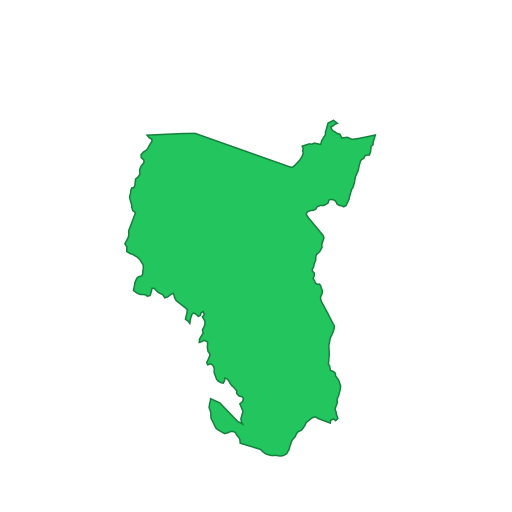 the district of Paramirim, Bahia, Brazil, rotated 33°
{"feature_id": "56859067B35436689677217", "entity_name": "Paramirim", "entity_type": "district", "adm_level": 2, "iso_a3": "BRA", "parent_name": "Brazil", "parent_adm1": "Bahia", "projection": "albers", "projection_center": [-42.216, -13.498], "detail": "fine", "context": "isolated", "style": "filled", "palette": "green", "viewbox_px": 512, "rotation_deg": 33, "n_neighbors": 0, "source": "geoboundaries", "source_scale": "gbopen_adm2", "svg_char_len": 4544}
<svg xmlns="http://www.w3.org/2000/svg" viewBox="0 0 512 512"><g transform="rotate(33 256 256)"><path d="M290.2,89.5L278.1,101.5L273.0,105.9L270.3,106.3L267.9,106.7L265.8,108.5L263.6,110.3L260.2,108.1L257.6,109.0L255.0,108.9L252.4,109.1L250.4,108.5L248.5,107.0L249.7,105.1L250.5,102.4L252.0,100.4L247.1,100.0L245.1,103.4L244.0,105.3L246.2,112.3L246.8,114.4L248.2,116.5L248.1,120.6L248.3,123.8L249.5,127.2L243.3,129.6L242.1,131.7L239.8,132.8L238.1,134.7L236.3,137.0L234.9,138.7L237.2,140.2L237.7,142.3L239.6,143.9L240.3,147.1L240.5,149.9L240.4,152.0L239.9,155.1L239.2,158.7L238.3,161.7L235.7,162.9L138.2,186.3L127.7,193.3L98.8,214.0L102.0,215.0L105.1,214.9L106.3,216.6L106.2,219.7L106.4,222.7L106.7,225.0L106.3,227.1L104.9,230.2L104.4,233.6L106.3,236.1L109.5,236.5L111.0,238.3L111.0,240.7L110.7,243.0L111.2,246.2L112.4,248.6L114.2,250.4L114.0,254.1L113.1,257.2L114.5,259.8L115.7,262.1L116.4,265.2L114.7,266.6L115.2,269.0L116.6,271.8L117.8,275.4L119.9,277.4L122.0,279.3L124.1,280.9L125.2,282.8L128.0,285.0L131.4,285.4L135.5,304.3L137.3,306.8L138.7,309.7L138.9,312.1L139.4,317.2L142.6,318.6L143.9,320.6L145.1,322.6L148.7,322.6L152.0,321.8L154.4,321.7L156.9,321.6L160.8,322.3L163.1,323.5L166.2,324.9L168.1,327.5L169.2,330.0L170.8,332.7L170.9,335.3L169.2,336.7L168.2,338.8L168.4,341.4L168.9,344.2L170.6,348.0L172.0,351.6L175.3,351.9L178.2,351.7L180.5,351.0L182.3,349.8L184.6,348.7L186.7,349.0L188.6,346.9L188.0,344.1L187.2,341.8L186.4,339.7L188.4,338.6L190.7,339.2L193.2,339.7L195.5,339.7L198.7,339.2L202.4,340.8L204.4,338.0L205.4,335.0L206.7,332.4L208.6,333.5L210.3,335.2L213.3,336.9L227.5,338.2L229.3,341.8L230.2,344.6L231.3,347.5L234.4,347.6L237.2,348.6L236.2,346.3L235.0,343.5L234.1,339.9L234.6,337.8L237.5,337.5L240.6,338.1L241.7,335.9L240.8,334.0L241.9,331.3L244.7,333.4L244.2,336.2L246.3,337.2L249.1,338.9L250.6,341.8L251.1,344.4L251.3,347.1L253.7,349.5L253.7,352.9L253.9,356.5L255.5,359.4L257.2,357.2L258.6,354.9L262.2,354.5L263.7,356.8L264.8,359.0L267.8,362.2L271.1,363.5L271.7,365.8L272.2,368.5L272.7,372.2L274.8,373.6L276.6,371.2L278.8,371.0L280.8,371.9L282.6,373.5L284.0,376.1L285.5,377.5L287.9,379.2L289.7,380.6L291.6,381.4L294.8,381.5L297.7,380.6L297.6,377.9L296.4,375.3L299.1,374.8L301.2,375.6L303.2,376.7L306.3,377.9L308.9,378.3L310.9,378.8L313.3,379.6L314.7,381.8L317.9,382.7L321.2,381.6L323.1,382.4L324.0,385.2L323.0,388.8L326.2,391.0L329.7,393.4L330.9,397.3L332.0,400.8L333.9,402.9L336.3,404.2L330.6,404.7L305.5,398.9L295.6,400.4L296.5,402.2L297.3,404.6L299.2,408.7L301.7,410.5L303.7,412.3L305.3,414.8L306.8,416.7L309.8,418.4L312.5,420.0L316.1,422.2L318.3,422.5L320.4,422.4L323.6,422.2L326.4,422.1L328.9,419.3L330.3,417.0L332.5,415.6L334.8,415.3L337.7,416.8L340.5,417.6L342.5,418.8L344.7,421.6L365.0,415.8L369.2,416.6L372.2,416.6L375.2,415.8L377.1,415.1L379.0,414.1L381.0,412.5L383.6,411.4L386.1,410.0L387.8,408.2L389.5,405.0L389.2,402.7L389.1,399.9L388.1,397.4L387.7,395.2L386.7,392.2L386.8,388.8L387.3,386.2L386.8,383.4L387.0,380.6L389.0,377.3L389.2,374.9L389.3,371.7L388.8,368.3L389.8,365.3L390.6,362.8L391.6,360.5L393.6,358.5L396.6,358.5L409.3,355.7L408.1,353.0L409.9,350.4L412.5,350.7L413.2,347.7L409.8,345.1L407.8,342.9L405.6,341.3L405.0,338.7L404.6,336.6L403.9,334.5L402.0,331.9L401.2,327.6L400.0,324.1L399.1,321.5L397.7,318.9L395.3,317.0L393.2,315.3L391.0,314.3L388.0,313.2L386.4,311.1L383.7,310.7L380.8,311.5L379.1,309.7L377.7,308.1L375.6,307.3L374.1,304.2L372.8,302.0L371.3,299.0L369.7,296.8L368.2,294.6L366.0,291.7L364.4,287.9L362.9,284.3L362.6,281.0L362.0,277.6L361.2,274.8L360.0,272.2L350.3,266.7L347.7,265.1L339.5,260.7L335.5,258.5L333.9,257.1L332.5,255.3L332.2,253.0L331.6,250.8L330.7,248.9L328.6,247.7L326.4,245.7L324.5,245.0L322.9,246.3L320.8,246.5L319.0,245.1L316.1,243.6L315.6,240.8L314.1,238.5L311.4,238.0L310.4,236.2L310.3,233.8L309.4,231.7L308.8,229.5L308.2,226.7L306.7,224.4L305.9,221.8L306.7,219.5L307.0,216.9L306.7,212.9L304.8,210.3L303.1,203.7L300.8,202.1L297.6,201.1L292.2,199.4L279.4,195.5L275.6,193.9L274.9,191.3L276.7,188.4L279.3,186.4L280.6,184.2L280.4,181.4L282.6,178.4L285.1,177.0L286.5,174.6L287.6,172.4L286.7,169.6L287.8,167.9L290.2,166.7L293.0,166.7L295.7,168.3L298.3,168.2L300.7,167.2L302.8,167.0L304.0,164.6L303.6,161.1L303.0,157.3L301.9,154.6L301.0,151.6L300.0,148.3L299.9,145.0L298.4,140.5L297.2,137.7L296.3,135.8L295.8,132.8L295.2,129.0L294.3,126.4L293.3,124.0L292.6,121.6L291.9,119.6L292.2,117.3L293.2,115.4L292.7,113.2L294.1,110.9L296.1,109.6L295.3,106.3L294.1,103.7L292.8,101.4L293.5,98.9L292.3,96.9L291.3,93.2L290.2,89.5Z" fill="#22c55e" stroke="#15803d" stroke-width="1.5"/></g></svg>